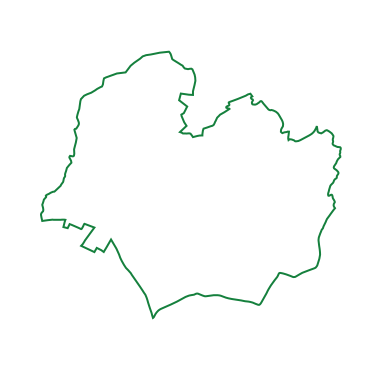 the district of Yen Mo, Ninh Bình, Vietnam, rotated 103°
{"feature_id": "81297802B9308814425220", "entity_name": "Yen Mo", "entity_type": "district", "adm_level": 2, "iso_a3": "VNM", "parent_name": "Vietnam", "parent_adm1": "Ninh Bình", "projection": "robinson", "projection_center": [105.992, 20.128], "detail": "fine", "context": "isolated", "style": "outline", "palette": "green", "viewbox_px": 384, "rotation_deg": 103, "n_neighbors": 0, "source": "geoboundaries", "source_scale": "gbopen_adm2", "svg_char_len": 5923}
<svg xmlns="http://www.w3.org/2000/svg" viewBox="0 0 384 384"><g transform="rotate(103 192 192)"><path d="M71.0,270.6L73.7,272.5L79.0,277.3L82.8,280.2L90.4,283.6L93.4,291.8L99.7,301.6L101.1,303.3L103.6,303.3L107.2,303.0L109.4,303.4L110.6,305.0L112.9,307.6L114.8,309.3L117.9,312.5L120.4,316.2L122.5,318.8L126.5,321.1L128.7,321.2L136.5,320.5L138.9,320.8L142.6,321.0L145.1,321.0L146.0,320.5L147.3,319.5L149.6,318.0L151.1,317.5L152.7,317.7L156.3,319.0L156.9,320.2L157.7,320.6L158.8,320.1L165.3,316.5L170.0,316.3L176.9,316.5L181.2,315.3L183.0,315.2L183.6,315.4L184.1,316.1L184.2,318.9L185.1,319.3L186.1,319.2L187.1,318.3L188.9,316.8L190.6,316.1L193.6,317.8L196.7,319.3L199.6,319.4L201.5,319.6L202.8,319.7L203.7,319.6L204.9,319.2L205.3,319.2L205.8,319.3L206.7,319.7L207.7,319.9L210.8,319.8L211.4,319.9L211.8,320.1L212.3,320.3L213.2,320.7L214.4,321.2L215.5,321.4L222.1,325.8L222.6,326.2L223.0,327.4L223.4,328.0L224.5,329.5L226.0,331.0L227.2,332.6L228.1,333.4L228.4,333.6L228.6,333.6L228.8,333.5L229.1,333.2L229.4,333.0L229.6,333.0L229.8,333.0L232.7,334.6L232.9,334.6L233.8,334.6L236.5,334.8L237.8,335.0L238.2,335.0L241.1,333.5L242.7,332.9L243.2,332.8L243.9,332.8L244.4,332.8L245.1,333.3L246.6,334.0L247.5,334.1L248.2,334.0L248.7,333.8L251.0,332.8L253.9,331.4L251.9,326.2L250.3,321.6L250.2,320.4L248.5,313.3L248.1,312.1L247.7,310.2L247.6,309.1L249.6,309.3L255.1,309.4L255.2,305.0L250.8,304.0L251.1,301.8L252.5,294.3L253.1,291.7L252.9,291.4L252.7,291.2L251.8,290.9L250.1,290.4L247.6,289.9L247.2,289.6L248.6,279.1L263.3,285.4L264.4,285.7L267.3,286.7L269.4,287.9L272.5,273.6L267.9,272.2L269.0,267.7L269.2,267.0L269.6,266.2L270.3,264.5L269.6,264.3L264.7,262.7L256.5,260.2L264.2,252.9L269.3,249.0L271.5,247.6L272.4,247.0L274.9,245.0L278.2,242.0L280.8,239.3L282.6,236.5L284.9,233.3L286.1,232.2L295.9,221.4L299.4,217.7L300.9,216.2L302.6,214.3L305.1,212.5L307.4,211.1L309.8,209.8L314.5,207.0L319.1,204.1L320.9,203.2L323.5,201.7L323.3,201.5L322.4,201.0L319.3,200.2L317.3,199.4L315.7,198.5L314.8,197.9L313.7,196.9L312.9,196.0L309.3,191.2L306.4,187.3L302.1,181.9L295.7,174.7L294.2,172.5L293.5,171.4L292.7,169.6L291.6,166.9L290.4,165.4L290.1,165.0L290.0,164.6L289.8,164.2L289.7,163.3L290.5,158.4L290.7,156.4L290.6,155.5L290.5,155.1L290.1,154.0L287.7,147.7L287.4,146.6L286.8,143.9L286.6,142.1L286.6,140.7L287.3,135.2L287.4,132.5L287.3,129.1L286.6,119.8L286.5,115.8L286.1,112.5L286.0,110.6L286.1,108.0L286.7,104.7L287.0,102.3L286.9,101.3L286.7,101.0L286.5,100.8L286.0,100.4L285.2,100.0L284.1,99.6L273.9,96.6L271.2,96.0L269.1,95.4L265.2,94.1L259.5,91.7L255.7,89.9L254.7,89.6L251.9,89.0L251.7,88.9L251.3,88.6L251.1,88.2L251.0,87.8L250.9,86.0L250.9,84.8L251.1,81.6L251.6,77.5L252.0,75.0L252.1,74.3L252.0,73.8L251.7,72.7L251.3,72.1L247.8,68.4L245.9,66.3L241.6,59.9L238.8,55.6L238.0,54.6L237.5,54.3L236.0,53.6L235.2,53.4L228.4,52.9L224.3,53.1L222.4,53.6L220.8,54.1L218.8,54.8L215.8,56.0L210.8,57.8L209.8,58.0L207.8,58.2L206.8,58.1L203.4,57.7L202.3,57.5L199.6,57.1L198.0,56.3L195.9,56.1L191.2,55.0L189.8,54.8L187.9,54.4L184.0,52.7L182.0,51.9L177.6,50.0L175.6,49.0L174.4,50.3L173.8,50.7L173.2,51.0L172.4,51.1L171.6,51.1L170.8,50.9L170.1,50.6L169.6,50.6L169.3,50.8L168.8,51.1L167.5,52.2L167.0,52.8L165.9,53.6L164.8,54.0L163.7,54.6L163.3,55.1L163.3,55.6L163.5,56.0L164.0,56.6L164.5,57.1L164.7,57.4L164.9,57.8L164.9,58.0L164.9,58.3L164.6,58.5L164.0,58.8L162.9,59.0L162.2,59.0L160.9,58.9L159.2,58.9L156.1,58.7L154.9,58.6L154.3,58.4L153.7,58.1L152.1,57.1L151.3,56.6L150.6,56.4L149.0,56.2L147.9,55.9L147.3,55.5L146.0,54.3L145.6,54.2L145.2,54.2L144.1,54.4L143.7,54.4L143.3,54.3L141.6,53.6L141.0,53.5L140.4,53.6L140.0,53.8L139.6,54.1L138.8,55.2L138.2,56.1L137.3,58.3L137.0,58.9L136.2,59.4L135.2,59.4L134.8,59.3L131.4,58.0L129.6,57.8L127.2,57.1L125.7,56.1L125.1,55.9L124.7,55.4L124.4,55.4L123.6,55.6L122.5,56.5L121.7,56.6L120.8,56.4L119.8,56.5L119.1,56.8L118.6,56.9L116.9,56.7L115.9,56.9L115.4,57.2L115.1,57.6L115.2,59.2L115.4,60.2L115.2,61.6L114.9,62.9L114.7,64.3L114.3,65.0L113.8,65.6L113.1,65.9L111.3,65.8L110.6,66.0L110.2,66.3L109.3,66.6L108.6,66.7L107.7,66.6L105.9,66.7L105.3,67.0L103.4,69.1L102.2,71.8L101.5,74.0L101.5,74.7L102.2,75.9L104.4,77.7L105.8,79.3L105.7,81.2L105.5,82.3L105.0,82.9L104.4,83.4L102.9,83.9L99.7,85.2L101.5,85.4L104.1,86.1L105.5,86.6L106.8,87.3L108.5,88.5L110.4,90.4L117.1,98.1L118.4,99.9L119.3,102.2L119.3,103.1L118.7,104.2L118.4,106.7L118.6,108.7L119.7,109.6L118.5,110.2L116.6,110.6L114.7,110.7L111.4,111.1L111.6,112.3L112.3,113.3L113.1,115.4L114.3,117.2L114.0,117.9L113.4,118.9L112.4,119.1L111.1,119.2L110.0,119.0L107.6,118.2L105.7,118.4L104.7,118.7L103.0,119.6L101.7,120.6L97.3,124.7L96.1,126.0L95.0,128.1L94.7,129.2L94.3,131.0L94.2,133.0L94.7,134.0L94.7,135.1L94.3,136.2L89.8,142.3L88.1,144.3L87.9,145.1L88.2,145.8L89.6,146.7L91.9,148.8L92.7,150.2L92.9,151.6L93.0,152.4L92.9,152.9L92.2,153.5L91.1,153.8L88.8,153.2L88.2,153.7L88.0,154.7L87.7,155.2L87.0,155.8L86.2,155.7L85.3,154.7L83.1,157.2L84.3,159.4L86.1,161.3L91.1,168.4L94.2,173.1L95.6,175.3L96.4,176.3L96.6,176.3L96.9,176.3L97.7,175.6L98.4,175.3L98.8,175.2L99.3,175.4L99.7,175.9L100.3,176.7L100.9,177.4L101.4,177.7L101.7,177.7L102.1,177.6L102.4,176.6L102.4,174.5L102.6,174.2L103.3,174.8L107.0,178.4L110.4,182.1L111.7,182.8L113.9,184.2L117.7,185.0L118.6,185.3L120.0,185.5L121.6,185.9L122.8,186.9L123.8,188.7L125.6,191.5L127.7,195.0L129.5,195.2L133.1,194.9L134.6,194.6L135.2,197.1L136.2,199.4L138.3,203.4L136.8,205.0L135.5,206.6L135.5,208.0L136.2,210.3L137.0,214.0L136.5,215.4L136.3,217.2L128.8,212.2L125.8,215.3L120.4,219.2L119.0,219.8L117.0,217.7L115.4,217.3L113.9,216.9L112.1,216.5L109.8,215.9L105.5,225.2L98.6,225.0L97.9,216.9L97.2,212.9L93.6,213.7L87.4,213.6L82.9,213.7L79.6,214.7L77.0,215.9L73.6,218.3L72.4,219.2L72.0,220.4L72.5,222.0L73.2,223.5L73.3,226.7L72.5,228.0L71.0,229.6L70.4,231.7L69.6,233.8L67.5,240.0L66.9,241.2L63.7,243.0L62.3,243.9L61.1,245.1L60.5,246.0L63.5,254.7L67.3,263.1L69.0,267.5L71.0,270.6Z" fill="none" stroke="#15803d" stroke-width="2"/></g></svg>